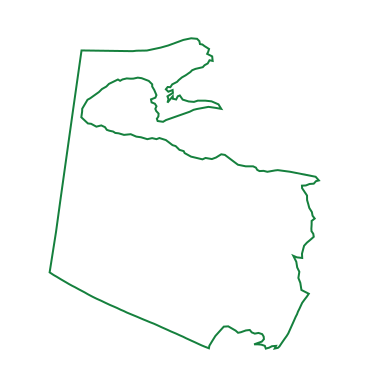 the district of Palmares do Sul, Rio Grande do Sul, Brazil, rotated 98°
{"feature_id": "56859067B50584819679722", "entity_name": "Palmares do Sul", "entity_type": "district", "adm_level": 2, "iso_a3": "BRA", "parent_name": "Brazil", "parent_adm1": "Rio Grande do Sul", "projection": "equal_earth", "projection_center": [-50.484, -30.349], "detail": "fine", "context": "isolated", "style": "outline", "palette": "green", "viewbox_px": 384, "rotation_deg": 98, "n_neighbors": 0, "source": "geoboundaries", "source_scale": "gbopen_adm2", "svg_char_len": 3288}
<svg xmlns="http://www.w3.org/2000/svg" viewBox="0 0 384 384"><g transform="rotate(98 192 192)"><path d="M276.5,62.2L275.0,66.5L273.8,70.0L266.9,72.1L262.3,74.7L256.1,74.6L252.1,77.3L246.6,79.0L241.1,82.8L242.1,79.1L242.0,73.7L237.8,74.5L231.8,73.8L229.6,73.5L226.1,71.1L223.6,68.8L221.2,66.7L219.4,65.2L216.5,66.1L214.2,68.2L211.7,68.7L207.7,69.0L204.0,69.5L201.2,66.8L198.7,69.3L195.2,70.5L191.5,73.6L189.7,74.4L188.0,75.1L184.0,76.9L179.5,77.6L172.9,83.5L170.4,84.0L169.7,80.2L167.7,76.7L166.8,72.6L164.0,70.7L162.9,68.0L159.7,71.7L158.3,97.8L158.4,110.1L159.1,112.8L161.5,120.2L161.1,124.1L161.9,128.1L161.0,130.5L159.0,132.1L158.1,135.0L159.1,142.4L158.6,150.3L155.8,155.4L150.7,164.6L150.6,168.3L154.5,173.0L156.6,176.9L156.4,183.3L158.2,186.2L157.1,197.9L154.5,204.7L152.7,205.9L152.0,210.3L148.8,214.6L148.3,217.8L144.2,225.1L143.1,231.8L144.6,234.5L144.2,239.0L145.9,243.6L144.9,250.1L144.9,254.9L143.3,260.7L144.9,267.3L144.1,272.8L144.2,276.2L143.1,278.5L142.8,282.5L142.3,285.0L139.9,287.2L138.7,291.1L140.6,295.8L138.5,301.4L138.6,304.6L133.4,312.0L127.6,312.0L124.8,312.3L115.2,308.3L113.4,305.9L106.0,298.1L102.6,295.5L99.5,291.5L96.5,289.3L90.9,281.0L91.9,278.7L90.2,276.5L88.6,272.4L88.4,269.3L87.9,265.9L86.3,261.6L86.3,257.7L88.0,250.3L90.9,246.4L93.1,246.1L96.2,243.6L101.0,240.7L103.7,241.4L106.0,245.5L108.9,244.5L109.7,241.1L112.0,239.1L114.8,239.9L116.8,238.7L119.0,236.0L121.9,235.8L124.4,237.0L126.5,235.9L126.5,230.4L124.4,227.8L112.8,205.4L110.4,201.9L109.1,198.6L105.4,187.5L105.4,180.6L105.6,174.6L103.2,176.6L101.5,178.0L99.5,185.3L99.7,191.3L100.7,198.9L102.5,202.6L102.8,207.9L101.8,214.1L98.1,217.5L99.2,219.4L102.6,220.6L102.3,223.9L99.9,224.4L106.9,228.7L103.4,228.2L100.7,229.6L96.5,224.7L93.7,225.4L96.0,229.4L93.9,232.2L91.4,230.7L91.2,228.0L88.2,226.6L85.0,222.1L83.0,220.7L79.9,217.9L77.3,214.5L73.4,210.3L71.4,208.8L69.6,205.7L66.9,198.7L64.7,197.2L62.5,194.3L59.1,193.0L59.3,189.8L54.9,190.9L53.1,196.2L51.0,195.5L48.0,195.0L45.7,200.1L44.5,202.2L44.4,204.7L41.6,205.7L39.6,208.3L39.9,214.2L42.6,221.7L50.2,235.9L53.4,243.2L58.2,256.4L59.8,266.5L60.8,270.4L67.2,321.1L130.4,321.2L171.6,321.2L214.3,321.2L219.2,321.2L250.4,321.1L291.4,321.8L293.5,317.4L294.8,314.1L296.7,309.7L299.2,303.6L300.4,300.7L301.6,297.5L302.5,294.8L304.1,290.6L305.5,286.7L306.4,284.2L307.7,281.0L308.7,278.3L309.7,275.5L311.0,271.5L312.4,266.6L313.6,262.9L315.3,257.4L316.3,253.6L317.3,250.0L318.6,246.0L319.4,242.9L320.4,239.9L321.8,234.5L323.1,229.4L324.3,225.0L325.1,222.0L325.9,218.8L326.9,215.0L327.7,211.5L328.7,208.0L330.2,203.1L331.1,199.9L332.0,196.8L333.0,193.5L334.4,188.2L335.6,184.2L336.6,180.6L337.7,177.4L338.4,175.0L339.3,172.0L340.4,168.2L341.6,164.3L342.5,161.3L343.4,157.8L344.4,153.5L341.8,153.4L339.7,152.5L336.9,151.3L331.3,148.8L320.9,141.8L320.0,137.4L323.2,129.5L325.0,126.8L324.1,124.2L321.6,119.4L320.6,115.6L322.7,113.3L323.5,110.1L322.3,106.5L323.0,102.7L325.2,100.9L327.7,100.3L330.4,102.0L331.8,104.7L334.2,109.3L333.7,105.6L333.5,102.2L334.2,98.5L336.8,97.1L335.4,93.9L333.6,91.4L332.7,87.4L335.5,88.3L334.4,85.3L332.9,84.0L329.2,82.2L325.0,80.1L321.4,78.2L318.7,77.0L305.6,73.2L301.0,71.9L298.5,71.0L295.7,70.4L293.1,69.5L288.8,68.2L286.5,67.5L283.1,65.7L279.6,63.7L276.5,62.2Z" fill="none" stroke="#15803d" stroke-width="2"/></g></svg>